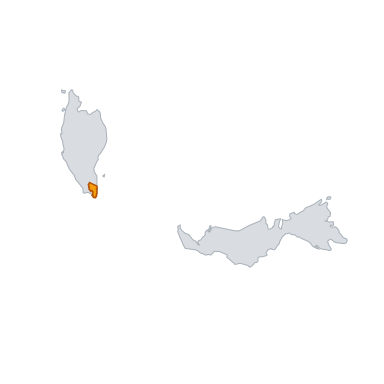 location of Kota Tinggi, Johor, Malaysia, rotated 25°
{"feature_id": "92858781B34033962801246", "entity_name": "Kota Tinggi", "entity_type": "district", "adm_level": 2, "iso_a3": "MYS", "parent_name": "Malaysia", "parent_adm1": "Johor", "projection": "albers", "projection_center": [103.994, 1.692], "detail": "fine", "context": "in_parent", "style": "filled", "palette": "amber", "viewbox_px": 384, "rotation_deg": 25, "n_neighbors": 0, "source": "geoboundaries", "source_scale": "gbopen_adm2", "svg_char_len": 5325}
<svg xmlns="http://www.w3.org/2000/svg" viewBox="0 0 384 384"><g transform="rotate(25 192 192)"><path d="M325.8,190.4L323.8,190.0L320.9,188.3L318.0,187.7L309.6,187.8L308.3,187.3L306.7,188.3L303.8,187.5L302.1,187.6L300.2,188.7L297.6,187.8L296.3,189.3L294.6,190.3L292.8,194.6L292.5,199.6L292.9,202.7L292.0,204.4L291.7,208.0L291.1,209.5L288.7,210.2L287.7,209.7L285.6,211.9L285.1,212.8L285.0,216.2L286.7,217.3L286.6,218.0L283.2,220.9L280.2,222.6L279.8,224.0L281.0,227.0L280.5,228.5L278.9,229.2L277.8,233.1L276.4,235.5L275.8,235.8L273.7,235.0L265.7,236.2L263.4,238.2L261.2,239.5L259.3,238.3L258.4,238.4L251.0,236.3L250.6,234.4L249.9,234.1L242.2,234.3L237.4,236.3L235.7,241.2L233.1,241.7L231.2,243.4L227.9,243.3L225.9,243.7L222.6,243.0L219.6,242.9L209.7,246.0L206.6,243.8L197.0,235.2L195.6,233.7L195.3,231.0L194.2,230.5L193.9,229.8L193.7,229.0L195.2,226.9L196.7,229.7L199.1,231.2L203.2,232.3L207.1,231.9L212.5,234.7L214.2,235.1L216.1,234.9L219.5,237.1L221.5,237.1L218.8,235.7L218.3,234.5L218.6,233.2L220.4,231.5L220.6,228.8L221.9,226.1L222.2,224.9L221.2,223.9L221.0,222.3L221.7,220.0L223.5,221.1L225.1,220.8L225.0,216.7L226.2,214.9L228.0,213.6L246.3,209.3L249.3,208.3L251.4,207.0L257.9,198.2L265.7,189.8L266.7,186.9L266.7,184.8L267.1,184.3L268.0,184.0L269.7,185.1L270.6,185.9L272.3,189.4L273.8,189.5L276.4,192.9L277.0,193.3L277.8,193.1L279.7,190.9L280.3,189.3L279.8,189.0L280.8,187.2L279.9,186.0L279.2,181.8L283.8,178.8L283.8,182.2L285.2,187.2L287.5,187.9L288.7,187.6L288.0,186.1L287.7,183.1L287.1,181.2L285.6,178.8L289.5,178.2L292.4,175.5L292.8,173.8L290.9,172.9L290.2,171.6L290.1,170.3L293.1,167.1L293.5,168.0L295.4,168.2L296.3,168.2L297.6,166.9L298.3,165.0L300.6,162.4L301.8,158.3L307.6,151.8L312.2,144.0L313.1,144.6L313.4,146.7L312.4,150.3L314.5,149.4L317.9,144.3L320.0,145.1L319.9,146.5L320.7,149.1L326.5,152.4L327.4,155.7L326.1,156.9L326.6,160.1L326.2,161.2L324.3,162.1L329.5,161.1L332.5,159.2L334.4,162.3L331.4,163.6L332.1,165.0L334.9,164.1L336.6,163.0L338.3,163.2L341.0,164.5L341.8,165.2L342.3,166.7L344.3,167.2L348.3,169.3L352.0,169.2L353.2,170.3L353.2,173.1L351.3,174.7L343.7,177.1L341.7,177.0L338.9,176.2L336.9,176.7L335.7,179.4L338.1,182.0L342.0,184.7L342.6,185.4L341.8,186.7L332.9,189.0L331.1,188.8L327.8,187.5L325.8,190.4ZM38.5,154.1L39.5,150.3L40.9,150.2L42.3,152.3L46.9,154.0L48.3,153.5L49.0,153.8L49.6,154.4L50.9,157.4L53.9,157.4L54.2,162.2L52.9,164.0L52.7,165.2L54.9,167.4L56.1,166.9L57.2,164.9L62.1,163.0L64.1,165.1L66.0,165.1L67.4,164.4L68.4,161.8L70.3,159.9L71.1,157.5L73.9,158.1L75.0,158.7L78.2,163.8L82.4,167.4L85.6,169.3L87.5,171.3L92.7,180.5L93.3,183.5L93.6,188.0L92.8,194.9L91.8,198.3L92.0,199.9L93.3,202.4L92.9,204.8L93.1,212.1L94.7,214.7L99.2,218.0L105.9,232.1L107.1,236.1L106.4,237.6L105.2,238.0L104.2,237.2L103.6,235.3L102.0,233.8L102.2,236.5L99.3,236.2L97.3,236.6L94.9,238.6L93.7,238.6L91.7,235.0L84.1,231.0L81.3,229.9L78.4,226.8L71.7,223.4L67.5,220.1L65.7,218.0L61.4,216.2L59.6,214.1L57.7,212.9L58.7,210.8L57.8,206.8L54.8,203.2L53.3,200.6L50.4,198.1L48.2,195.0L49.5,194.1L47.3,190.7L46.6,188.3L46.6,183.7L44.3,177.2L42.3,168.2L42.7,165.1L42.2,161.7L38.5,154.1ZM318.1,141.0L317.1,141.9L316.8,139.5L318.2,138.2L320.1,138.0L320.2,140.1L319.7,140.7L318.1,141.0ZM34.1,153.7L35.2,155.5L34.4,156.5L33.7,156.2L32.4,157.0L30.9,155.3L30.8,154.5L32.5,154.6L34.1,153.7ZM224.2,220.3L223.7,220.5L222.9,219.9L222.7,214.9L223.2,214.5L224.0,215.4L224.2,220.3ZM42.1,171.1L40.9,173.5L39.7,173.2L39.9,170.5L40.6,170.2L42.1,171.1ZM330.9,190.1L328.6,190.4L327.0,190.4L327.2,189.0L328.0,188.8L330.9,190.1ZM106.0,215.5L104.7,215.5L104.4,214.9L105.4,213.1L106.0,215.5ZM58.1,211.2L57.3,211.5L57.4,210.4L58.0,209.9L58.1,211.2Z" fill="#d9dde1" stroke="#a8b0b8" stroke-width="1"/><path d="M96.3,231.0L96.5,231.0L96.4,231.1L96.7,231.6L96.8,231.5L97.0,231.9L96.9,232.0L97.7,233.1L98.0,233.0L98.4,233.0L98.5,233.2L98.6,233.3L98.6,233.5L99.0,233.6L99.3,233.7L99.5,233.8L99.6,234.0L99.9,234.1L100.0,234.2L100.4,233.7L100.5,233.4L100.6,233.1L100.7,232.9L100.8,232.9L100.9,233.0L101.0,233.0L101.3,233.3L101.5,233.3L101.7,233.5L101.8,233.5L101.9,233.8L101.9,234.0L102.0,234.2L102.1,234.3L102.4,234.5L102.5,234.7L102.6,234.8L102.7,235.0L102.8,236.8L102.9,236.7L103.1,236.7L103.6,236.8L103.8,237.0L104.0,237.1L104.1,237.4L104.2,237.6L103.9,237.8L104.1,238.0L104.3,238.1L104.5,238.3L104.9,238.3L105.2,238.5L105.3,238.5L105.4,238.4L105.5,238.4L105.8,238.3L106.0,238.3L106.1,238.1L106.3,237.9L106.4,238.0L106.7,238.1L106.8,238.0L107.0,237.9L106.9,237.6L106.9,237.4L106.8,237.2L106.9,236.9L107.0,236.9L107.2,236.6L107.0,236.3L106.8,236.1L106.8,235.9L106.9,235.7L107.0,235.7L106.9,235.4L106.9,235.2L106.7,235.0L106.5,234.9L106.5,234.7L106.5,234.4L106.5,234.2L106.5,233.9L106.3,233.7L106.4,233.4L106.5,233.3L106.4,233.2L106.1,232.9L106.0,232.7L105.9,232.3L105.8,232.2L105.7,232.0L105.6,231.9L105.6,231.7L105.5,231.3L105.4,231.1L105.2,230.8L105.1,230.7L105.0,230.4L104.9,230.2L104.8,229.9L104.8,230.1L104.7,230.1L104.4,230.0L104.3,229.9L104.2,229.8L104.1,229.6L104.0,229.4L104.0,229.2L104.1,228.9L104.3,228.8L104.5,228.8L104.4,228.6L104.3,228.4L104.2,228.2L103.9,227.7L103.7,227.4L103.6,227.2L103.3,226.8L95.1,226.8L95.2,228.5L94.9,228.6L94.9,229.1L95.0,229.3L95.2,229.5L95.3,229.5L95.5,229.8L95.6,230.0L95.8,230.2L95.9,230.3L96.0,230.3L96.1,230.5L96.2,230.8L96.3,230.8L96.3,231.0Z" fill="#f59e0b" stroke="#b45309" stroke-width="1.5"/></g></svg>